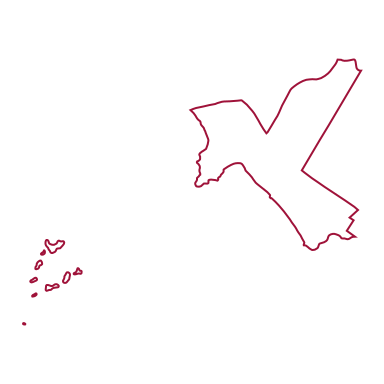 Ha Tien, Kiên Giang, Vietnam
{"feature_id": "81297802B34321495303848", "entity_name": "Ha Tien", "entity_type": "district", "adm_level": 2, "iso_a3": "VNM", "parent_name": "Vietnam", "parent_adm1": "Kiên Giang", "projection": "mercator", "projection_center": [104.405, 10.36], "detail": "fine", "context": "isolated", "style": "outline", "palette": "rose", "viewbox_px": 384, "rotation_deg": 0, "n_neighbors": 0, "source": "geoboundaries", "source_scale": "gbopen_adm2", "svg_char_len": 5812}
<svg xmlns="http://www.w3.org/2000/svg" viewBox="0 0 384 384"><path d="M337.6,59.6L337.3,60.4L336.5,62.4L335.4,64.3L330.2,71.2L328.1,73.4L324.9,75.9L321.1,78.1L318.1,79.0L316.3,79.4L312.4,79.2L309.5,79.4L306.3,79.8L302.9,81.0L299.8,82.6L297.0,84.3L294.0,86.5L291.7,88.4L290.5,89.8L289.5,91.6L287.7,95.1L282.1,105.5L279.0,112.7L277.4,116.0L274.9,120.0L271.3,126.1L267.6,132.2L266.4,133.3L263.5,129.2L260.4,124.1L258.5,120.6L254.2,113.4L252.2,110.8L246.9,104.7L241.9,100.5L241.2,100.3L237.6,100.7L229.7,101.3L224.0,101.5L221.8,101.8L217.4,103.1L215.2,104.0L209.3,105.1L203.3,106.5L196.1,108.0L193.1,109.0L190.5,110.1L193.6,113.1L195.5,115.7L196.4,117.3L197.3,118.7L198.6,120.1L199.8,120.9L200.2,121.5L200.5,122.0L200.7,123.6L201.0,124.5L201.4,125.2L203.2,127.2L203.8,128.0L204.6,130.2L205.2,131.2L205.7,132.8L208.1,138.9L208.3,139.7L208.4,140.7L207.7,144.4L206.1,148.8L205.8,149.1L205.2,149.5L203.3,150.8L201.8,151.7L200.0,153.2L199.5,153.9L199.3,154.7L199.4,155.0L200.1,156.6L200.1,158.9L200.0,159.4L199.6,159.9L199.1,160.4L198.5,160.9L197.2,161.4L196.9,162.0L196.9,162.4L197.0,162.8L198.4,164.0L199.0,164.9L199.5,165.6L199.7,166.1L199.9,167.2L199.8,168.5L199.5,169.3L199.4,170.9L199.6,171.9L200.2,173.4L200.3,174.2L200.2,174.8L199.5,175.2L198.8,176.4L197.5,177.5L197.0,178.1L197.0,179.8L196.6,180.8L195.6,182.3L195.3,182.8L195.2,183.5L195.3,184.3L195.8,185.5L196.2,186.1L196.6,186.4L197.7,186.6L199.0,186.7L200.6,186.3L201.2,186.0L203.5,183.9L203.8,183.6L204.2,183.5L207.3,183.6L207.7,183.5L208.2,183.2L208.4,182.9L208.5,180.4L209.1,179.9L210.2,179.7L211.2,179.6L215.5,180.1L216.5,180.4L217.5,180.6L218.1,179.9L218.2,179.5L218.1,178.4L218.3,177.8L219.1,177.1L220.1,176.6L220.4,176.1L220.8,175.1L221.2,174.5L222.2,173.6L223.3,172.3L223.6,171.4L223.6,169.7L223.9,169.3L227.8,166.7L231.1,164.9L233.6,163.8L235.6,163.3L237.8,163.1L240.1,163.2L241.1,163.5L241.9,164.0L242.9,165.2L244.7,168.1L245.6,170.6L249.3,174.3L251.9,177.3L253.2,179.3L255.7,182.7L257.4,184.2L267.4,192.2L270.0,195.0L270.1,195.3L269.8,196.7L269.8,197.3L270.3,197.8L270.6,198.2L271.0,198.2L271.3,198.1L271.8,198.4L275.3,201.7L278.9,205.5L283.9,211.4L289.9,219.4L291.8,222.4L295.0,226.7L296.2,228.6L297.0,230.2L298.3,232.3L300.6,235.5L302.2,238.7L304.1,242.0L304.3,242.6L304.2,243.1L303.9,244.1L303.7,244.9L303.8,245.3L305.3,245.4L306.1,245.7L307.8,247.0L309.4,248.4L310.5,249.1L311.9,249.9L312.6,250.0L314.8,249.7L317.2,248.3L317.9,247.6L318.4,246.3L318.9,244.8L319.2,244.1L319.6,243.7L320.0,243.5L322.6,242.7L324.2,242.2L326.2,241.0L327.2,239.9L327.7,238.8L328.1,237.3L328.5,236.3L328.9,235.6L329.7,235.0L331.0,234.3L332.7,233.9L334.5,233.9L336.0,234.3L338.2,235.1L339.5,235.8L340.4,236.7L341.3,238.0L341.7,238.3L342.2,238.4L343.2,238.5L344.3,238.4L347.3,239.2L348.2,239.1L349.2,238.8L351.5,237.3L353.0,236.8L355.0,236.7L346.8,230.8L353.6,220.3L349.6,217.6L358.0,210.0L354.3,206.8L345.0,200.4L324.9,187.1L317.7,182.1L312.1,178.3L304.8,172.8L301.8,170.4L319.9,139.8L328.7,125.3L361.0,70.7L360.4,70.7L359.5,70.5L358.4,70.1L357.4,69.2L356.8,68.5L356.4,67.2L355.6,61.9L355.1,60.3L354.4,59.6L353.4,59.5L349.2,60.4L347.2,60.7L344.4,60.8L342.4,60.4L341.2,59.8L337.6,59.6ZM51.9,244.7L50.3,244.1L49.5,243.7L48.9,242.8L48.6,241.6L48.3,240.9L47.6,240.1L46.9,240.0L46.5,240.0L46.0,240.5L45.8,241.1L45.6,241.6L45.5,242.7L45.5,243.9L45.8,244.9L46.0,245.4L46.7,246.4L48.1,247.9L48.4,248.7L48.7,249.5L49.8,250.8L50.3,252.0L50.7,252.5L51.1,252.8L51.6,253.0L52.0,253.0L52.5,253.0L54.9,251.9L55.7,251.0L56.5,249.2L56.8,248.8L57.6,248.5L59.6,248.3L60.2,248.2L62.5,245.7L63.7,244.2L64.0,243.5L64.2,242.6L64.0,241.9L63.6,241.4L63.0,241.2L61.8,241.4L60.7,241.4L59.1,240.7L58.7,240.7L58.4,240.8L57.7,241.3L57.0,242.8L56.4,243.6L55.9,243.9L54.0,244.8L52.9,244.8L51.9,244.7ZM58.7,285.8L58.5,285.5L58.1,285.0L57.3,284.5L56.9,284.3L56.3,284.2L55.1,284.3L54.2,284.8L53.1,285.7L52.2,286.0L51.1,286.0L50.5,285.8L48.5,285.1L47.9,285.0L46.9,285.0L46.4,285.3L46.2,285.6L46.1,285.9L45.7,289.4L45.8,290.1L46.2,290.5L46.4,290.7L46.7,290.8L48.0,290.4L49.0,290.0L50.7,289.9L51.1,289.7L52.5,288.4L53.3,288.0L54.8,287.7L57.7,287.3L58.3,287.1L58.7,286.5L58.7,285.8ZM65.3,282.9L66.3,282.6L67.2,281.7L68.1,280.5L69.1,279.4L69.3,278.8L69.4,277.9L70.0,274.9L69.9,274.0L69.4,273.2L68.8,272.7L68.1,272.3L67.2,272.3L66.9,272.4L66.7,272.6L66.2,273.3L65.5,274.7L64.6,276.0L64.4,276.6L64.4,277.5L64.1,278.7L63.2,280.4L63.0,281.0L63.1,281.7L63.4,282.3L63.7,282.5L64.2,282.8L65.3,282.9ZM36.4,269.2L38.0,268.7L38.3,268.4L39.0,267.6L39.2,266.5L39.3,266.2L39.5,265.9L40.0,265.4L40.7,265.2L41.3,264.9L42.0,264.3L42.1,264.1L42.1,263.3L41.8,262.0L41.1,260.9L40.8,260.6L40.0,260.6L38.9,261.2L37.7,262.2L36.8,263.6L36.6,265.2L36.3,266.0L35.6,266.9L35.4,268.0L35.4,268.8L35.7,269.1L36.1,269.2L36.4,269.2ZM81.4,273.3L81.6,272.2L81.6,271.3L81.4,271.0L81.0,270.8L79.7,270.6L79.5,270.4L79.0,269.0L78.8,268.7L78.2,268.3L78.0,268.2L77.6,268.3L77.4,268.7L76.6,271.1L76.1,271.9L75.5,272.4L74.2,273.0L73.8,273.4L73.7,273.9L73.9,274.2L74.2,274.3L74.8,274.4L76.0,274.2L78.5,273.5L79.3,273.5L80.2,273.8L80.9,273.7L81.4,273.3ZM33.0,282.0L36.3,280.5L36.7,280.2L37.0,279.6L36.9,279.0L36.4,278.1L35.9,277.8L35.2,277.8L34.5,278.1L31.8,280.0L31.2,280.2L30.9,280.4L30.4,281.0L30.3,281.5L30.5,281.9L31.2,282.3L31.9,282.3L33.0,282.0ZM41.9,254.7L42.8,254.7L43.8,254.2L44.5,253.6L44.8,253.1L44.9,252.2L44.9,251.5L44.7,250.9L44.4,250.5L44.2,250.4L43.9,250.5L43.7,251.2L43.3,251.9L43.0,252.1L41.6,253.1L41.1,253.6L41.0,253.9L41.1,254.3L41.4,254.6L41.9,254.7ZM32.7,296.6L34.4,296.2L34.9,296.0L35.9,295.3L36.4,294.8L36.6,294.2L36.4,293.6L36.0,293.4L35.5,293.5L34.7,294.1L33.1,294.9L32.7,295.2L32.2,295.8L32.2,296.1L32.3,296.5L32.7,296.6ZM24.9,324.5L25.2,324.4L25.3,324.0L25.2,323.8L24.7,323.4L24.3,323.2L23.7,323.1L23.4,323.1L23.1,323.5L23.2,324.1L23.5,324.3L23.9,324.4L24.9,324.5Z" fill="none" stroke="#9f1239" stroke-width="2"/></svg>